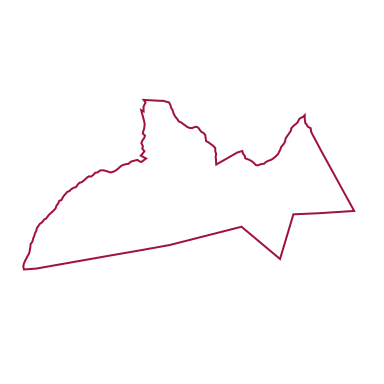 the district of Ipaporanga, Ceará, Brazil, rotated 4°
{"feature_id": "56859067B52253098502550", "entity_name": "Ipaporanga", "entity_type": "district", "adm_level": 2, "iso_a3": "BRA", "parent_name": "Brazil", "parent_adm1": "Ceará", "projection": "natural_earth1", "projection_center": [-40.841, -4.904], "detail": "fine", "context": "isolated", "style": "outline", "palette": "rose", "viewbox_px": 384, "rotation_deg": 4, "n_neighbors": 0, "source": "geoboundaries", "source_scale": "gbopen_adm2", "svg_char_len": 2274}
<svg xmlns="http://www.w3.org/2000/svg" viewBox="0 0 384 384"><g transform="rotate(4 192 192)"><path d="M137.4,103.5L139.4,105.9L137.7,110.2L138.1,115.0L135.6,113.9L139.6,125.5L140.1,128.2L139.8,132.2L139.1,135.0L138.9,137.2L141.2,139.0L140.5,141.5L139.1,143.7L138.1,146.6L139.8,149.9L139.4,152.3L141.7,154.6L140.2,157.0L138.4,159.3L143.9,161.8L139.3,165.6L137.4,165.1L135.4,163.8L133.1,164.5L131.2,165.1L128.9,166.0L126.7,168.3L123.7,169.0L121.2,169.9L119.4,171.0L117.5,173.0L115.4,175.1L112.7,177.0L109.4,178.2L106.3,177.4L104.1,176.9L101.3,176.5L98.7,177.0L96.6,179.0L94.1,179.6L92.3,181.9L90.1,183.7L88.0,183.6L86.2,185.0L83.9,187.5L81.3,189.9L79.0,190.7L77.5,192.6L76.0,195.1L73.4,196.2L71.0,197.9L69.6,199.7L67.6,200.5L66.0,202.7L64.3,204.9L63.2,207.0L62.3,209.2L60.2,210.0L59.3,212.8L57.7,215.2L57.1,217.8L55.1,220.3L53.0,222.5L50.8,224.8L48.4,228.6L46.4,229.8L44.6,232.7L42.4,234.4L41.1,236.7L39.9,238.6L39.3,241.8L38.2,244.3L37.7,246.8L36.9,249.2L36.2,252.8L34.6,255.3L34.6,258.6L34.3,260.6L34.1,263.3L33.4,265.6L32.4,267.4L31.5,269.6L30.2,272.5L29.2,275.6L28.9,278.1L29.8,281.0L41.8,279.3L114.3,261.2L142.4,254.3L148.4,252.8L173.6,246.4L202.6,236.8L243.8,223.2L284.5,252.7L294.7,207.2L319.4,204.4L355.1,199.6L317.8,141.6L316.6,139.7L306.8,124.0L305.9,120.1L303.0,118.8L301.9,117.1L300.2,115.2L299.4,111.3L299.1,107.5L297.5,109.4L295.5,110.4L293.8,111.8L292.6,114.9L291.3,116.5L289.8,117.8L288.2,119.5L286.6,121.6L286.4,123.9L284.5,127.2L281.8,131.7L281.3,134.7L280.6,137.0L279.4,138.7L277.9,140.7L277.1,143.5L276.2,145.7L275.1,148.3L272.5,151.2L270.2,153.3L268.4,154.5L266.1,155.5L263.5,157.0L262.2,158.6L259.8,159.2L257.9,159.8L255.7,160.9L253.7,160.6L251.6,158.6L248.9,156.8L246.2,155.7L242.8,154.7L242.1,152.2L240.3,150.4L239.3,147.6L234.5,149.4L214.3,162.9L213.9,160.3L213.6,157.4L213.1,155.3L213.5,152.5L212.4,149.8L212.1,146.5L210.0,144.5L207.7,143.1L205.1,141.4L202.5,140.2L201.8,137.1L201.3,134.2L199.6,132.5L197.0,131.2L195.4,129.5L193.8,127.4L191.9,126.6L189.6,127.2L187.8,128.2L185.2,128.3L182.2,127.2L180.6,126.0L178.8,125.0L176.6,123.5L173.7,122.4L172.5,120.5L170.4,118.4L168.4,115.5L166.8,111.5L165.1,109.1L164.5,106.9L162.8,104.2L159.8,103.7L157.2,103.0L154.9,103.2L151.6,103.3L137.4,103.5Z" fill="none" stroke="#9f1239" stroke-width="2"/></g></svg>